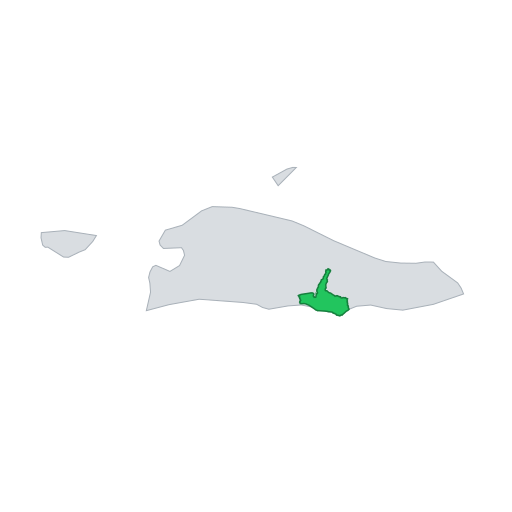 Viqueque, Viqueque, East Timor (highlighted), rotated 26°
{"feature_id": "22284137B80785204174249", "entity_name": "Viqueque", "entity_type": "district", "adm_level": 2, "iso_a3": "TLS", "parent_name": "East Timor", "parent_adm1": "Viqueque", "projection": "robinson", "projection_center": [126.369, -8.837], "detail": "fine", "context": "in_parent", "style": "filled", "palette": "green", "viewbox_px": 512, "rotation_deg": 26, "n_neighbors": 0, "source": "geoboundaries", "source_scale": "gbopen_adm2", "svg_char_len": 5923}
<svg xmlns="http://www.w3.org/2000/svg" viewBox="0 0 512 512"><g transform="rotate(26 256 256)"><path d="M181.4,353.2L177.1,334.8L172.5,326.9L168.9,322.4L167.7,316.8L167.9,311.0L170.1,308.3L185.4,307.6L191.5,298.1L191.5,286.7L188.4,282.9L185.4,281.2L169.5,289.8L165.0,288.2L162.3,285.1L163.2,272.5L176.2,260.7L187.3,239.3L195.0,230.8L213.1,222.7L220.5,220.5L273.1,208.7L285.7,207.9L319.1,208.2L363.8,205.7L374.9,204.1L389.2,198.9L403.0,192.4L410.4,187.4L418.1,183.7L429.6,188.3L449.1,191.8L454.4,194.9L459.2,199.1L436.6,221.7L411.7,240.3L396.4,246.0L380.6,249.8L368.5,257.0L358.3,268.3L345.3,274.7L330.6,276.8L318.1,280.2L306.7,286.8L290.9,298.2L284.4,299.4L277.7,299.1L264.6,303.5L223.8,319.8L199.1,337.9L181.4,353.2ZM52.8,329.1L72.9,317.0L103.6,307.6L102.9,314.5L99.7,325.2L95.1,330.3L88.1,339.3L83.5,341.3L65.0,339.3L62.7,340.6L59.5,339.7L54.8,333.9L52.8,329.1ZM253.4,158.8L245.1,183.1L236.1,177.9L245.7,164.3L250.3,160.2L253.4,158.8Z" fill="#d9dde1" stroke="#a8b0b8" stroke-width="1"/><path d="M316.6,279.4L318.0,278.8L319.6,277.9L320.5,277.5L321.3,277.3L322.3,277.1L322.7,277.1L323.1,277.2L323.9,277.1L325.1,277.0L328.4,277.4L328.7,277.4L328.8,277.5L331.1,277.8L332.7,278.1L333.2,278.3L333.8,278.2L334.9,278.1L335.4,278.1L335.6,278.1L335.7,277.9L336.9,277.4L341.4,275.6L341.5,275.5L344.3,274.5L344.9,274.4L345.7,274.2L346.0,274.1L346.4,273.9L347.3,273.6L348.5,273.2L349.0,273.1L349.9,273.2L350.0,273.2L350.2,273.4L350.3,273.5L350.5,273.3L351.2,273.4L351.9,273.1L352.2,273.3L352.8,273.3L353.1,273.3L353.6,273.2L353.7,273.3L354.1,273.7L354.2,273.8L354.5,273.8L355.1,273.5L356.1,273.2L356.3,273.2L356.3,273.3L356.7,273.2L357.1,273.2L357.3,273.2L357.5,273.0L357.7,272.9L357.7,272.7L357.8,272.7L358.0,272.5L358.0,272.4L358.0,272.2L358.4,271.8L358.5,271.7L358.8,271.6L358.7,271.5L358.8,271.4L358.9,271.5L359.0,271.5L359.0,271.4L359.4,270.9L359.6,270.5L359.9,269.6L360.4,268.6L360.5,268.3L360.7,267.7L361.0,266.9L361.2,266.5L361.4,265.9L361.8,265.4L362.2,265.0L362.5,264.4L362.8,263.6L363.0,263.2L362.9,262.9L362.7,262.8L362.5,262.7L362.4,262.7L362.3,262.8L362.2,262.7L362.2,262.4L361.9,262.1L361.7,261.9L361.3,261.7L361.2,261.5L361.2,261.3L361.2,261.2L361.1,260.8L360.9,260.5L360.4,260.3L360.2,260.1L360.0,259.9L359.8,260.2L359.7,260.1L359.3,258.8L359.1,258.3L359.0,258.2L358.8,258.2L358.6,258.1L358.4,257.5L358.1,257.4L357.9,257.2L357.8,256.8L357.9,256.4L356.9,255.4L356.9,255.2L357.0,254.7L357.1,254.4L356.8,254.3L356.5,254.4L356.3,254.4L356.2,254.4L355.9,254.4L355.7,254.4L355.5,254.5L355.4,254.4L355.0,254.4L354.7,254.5L354.5,254.3L354.2,254.5L353.6,254.9L353.3,254.9L352.4,255.2L352.3,255.3L352.0,255.8L351.5,256.1L351.0,256.3L350.7,256.3L350.5,256.2L350.3,256.0L350.0,255.7L349.8,255.6L349.5,255.7L349.0,256.1L348.8,255.9L347.8,256.2L347.3,256.1L347.2,256.0L346.8,256.1L346.6,256.0L346.3,256.2L346.1,256.4L345.8,256.4L345.6,256.8L345.4,256.9L345.0,257.1L344.9,257.3L344.8,257.5L344.7,257.6L344.3,257.3L344.0,257.1L343.9,257.1L343.6,257.2L343.3,257.2L342.3,257.1L341.5,257.0L339.2,256.6L338.8,256.8L338.2,256.9L337.3,256.9L335.6,256.4L335.1,256.2L334.9,256.2L334.6,256.3L334.2,256.5L333.9,256.7L333.5,256.6L333.4,256.6L332.9,255.7L332.7,255.4L332.7,255.1L332.8,254.5L333.0,254.2L332.9,253.9L332.8,253.6L332.5,253.5L332.4,253.2L332.1,252.6L331.8,252.2L331.6,251.7L331.3,251.3L331.2,251.1L331.2,250.9L331.2,250.5L331.1,249.6L331.0,249.3L331.2,248.8L331.2,248.6L331.3,248.5L331.2,248.1L331.3,247.8L331.3,247.6L331.3,247.4L331.1,247.2L330.9,247.1L330.5,246.5L330.5,246.2L330.3,246.2L330.0,245.9L329.9,245.8L329.9,245.6L329.4,245.2L329.3,244.8L329.3,244.6L329.4,244.1L329.4,243.3L329.3,243.0L329.4,242.5L329.3,242.0L329.4,241.4L329.4,241.2L329.2,240.9L329.2,240.6L329.1,240.3L329.4,239.0L329.4,238.6L329.5,238.4L329.5,238.1L329.4,237.9L329.4,237.3L329.2,237.3L329.1,237.1L329.3,237.0L329.4,236.8L329.5,236.8L329.5,236.7L329.3,236.6L329.3,236.4L328.9,236.1L328.6,236.4L328.4,236.6L328.2,236.6L328.2,236.3L328.2,236.2L327.5,236.3L327.4,236.3L327.3,236.1L327.5,236.1L327.4,235.9L327.2,235.8L326.8,236.1L326.7,236.2L326.6,235.9L326.4,235.9L326.3,236.5L326.1,236.6L326.0,236.9L326.0,237.3L326.0,237.5L325.8,237.9L325.5,237.8L325.1,237.9L325.3,238.4L325.2,238.9L325.3,239.1L325.7,239.7L326.1,239.9L326.0,240.2L326.1,240.5L326.1,241.5L326.4,241.8L326.2,242.1L325.9,242.7L325.9,242.9L326.0,243.5L326.0,244.5L325.8,244.9L325.7,245.1L325.7,245.3L325.9,245.6L326.1,246.4L326.2,246.7L326.3,246.8L326.2,247.2L326.1,247.3L326.1,247.7L326.0,247.9L325.9,248.0L325.7,248.2L325.3,248.5L325.2,248.6L325.2,248.8L325.2,249.1L325.3,249.4L325.5,249.8L325.4,250.2L325.4,250.6L325.4,250.8L325.6,251.1L325.5,251.7L325.1,252.7L325.1,252.9L325.3,253.7L325.2,253.8L324.9,254.3L324.9,254.6L325.0,255.0L325.1,255.4L325.7,256.5L325.5,256.9L325.6,257.1L325.5,257.5L325.4,257.8L325.4,258.2L325.6,258.6L325.6,258.8L325.5,259.1L325.6,259.4L325.5,259.6L325.5,259.9L326.0,260.6L326.3,260.7L326.4,261.4L326.9,261.7L327.3,261.9L327.5,262.3L327.5,262.5L327.4,262.9L327.3,263.3L327.1,263.6L327.1,263.9L327.1,264.1L326.9,264.0L327.0,264.2L327.2,264.4L327.2,264.8L327.5,265.7L327.6,266.1L327.8,266.5L327.8,266.8L327.6,267.0L327.3,267.2L327.2,267.3L326.9,267.3L326.6,267.5L326.3,267.4L326.2,267.2L325.9,266.9L325.7,266.9L325.7,267.0L325.6,266.9L325.4,266.8L325.1,266.9L324.9,266.6L324.9,266.3L324.7,265.5L324.8,265.1L324.7,264.9L324.2,264.5L323.8,264.5L323.5,264.4L323.1,264.4L322.1,264.8L321.9,265.0L321.7,265.0L321.2,265.3L320.0,266.2L313.2,270.9L312.9,271.6L312.5,271.7L311.9,272.2L311.7,272.7L311.4,273.0L311.7,273.3L312.0,273.3L312.3,273.3L312.5,273.7L312.6,273.8L312.8,274.0L313.1,273.8L313.3,273.8L313.4,274.0L313.8,274.9L313.8,275.0L314.1,275.3L314.6,275.2L314.7,275.3L314.8,275.4L314.8,275.6L315.1,275.8L315.2,276.2L315.6,276.3L315.5,276.7L315.4,276.7L315.3,276.9L315.3,277.0L315.5,277.3L315.3,277.4L315.3,277.6L315.4,277.9L315.4,278.2L315.5,278.4L316.0,278.4L316.1,278.5L316.1,278.9L316.6,279.4Z" fill="#22c55e" stroke="#15803d" stroke-width="1.5"/></g></svg>